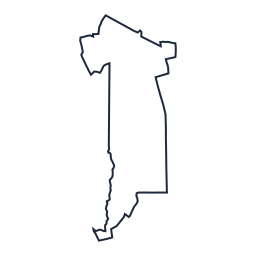 the district of Nakuru Town East, Rift Valley, Kenya
{"feature_id": "3690345B82942155746957", "entity_name": "Nakuru Town East", "entity_type": "district", "adm_level": 2, "iso_a3": "KEN", "parent_name": "Kenya", "parent_adm1": "Rift Valley", "projection": "albers", "projection_center": [36.106, -0.379], "detail": "fine", "context": "isolated", "style": "outline", "palette": "slate", "viewbox_px": 256, "rotation_deg": 0, "n_neighbors": 0, "source": "geoboundaries", "source_scale": "gbopen_adm2", "svg_char_len": 2168}
<svg xmlns="http://www.w3.org/2000/svg" viewBox="0 0 256 256"><path d="M105.7,15.4L104.0,17.6L101.7,21.2L100.7,24.0L99.3,26.9L98.8,30.6L98.4,33.9L95.7,34.1L92.9,34.1L93.2,36.6L90.1,35.4L87.1,35.9L82.9,37.1L80.5,37.5L80.2,40.7L81.2,44.2L81.9,47.3L82.8,52.2L81.3,54.7L82.4,57.6L86.2,65.5L88.8,70.7L90.9,74.7L91.8,73.9L92.5,73.3L94.1,71.6L96.3,71.7L97.0,71.8L97.9,72.1L99.9,72.8L101.2,70.9L101.7,69.9L102.1,69.1L103.3,66.6L103.8,65.8L104.5,65.3L106.4,64.3L109.5,63.3L108.8,146.3L109.0,147.4L109.1,149.2L108.0,151.3L108.4,152.7L109.6,152.7L110.7,154.3L110.8,157.0L111.2,159.4L112.4,161.6L112.8,162.4L113.1,163.2L114.1,165.2L114.0,166.6L113.1,168.8L112.4,169.6L112.7,171.3L112.7,173.0L112.7,174.3L112.5,176.5L111.4,178.2L109.7,180.1L110.0,182.5L110.6,184.4L110.7,186.2L110.3,188.0L110.8,190.5L110.3,191.5L109.9,192.6L109.5,194.5L109.3,195.2L109.3,196.0L109.7,198.4L109.7,199.5L108.3,200.6L106.8,201.2L106.9,202.2L107.4,203.5L107.0,204.9L106.5,205.8L105.9,208.7L106.2,209.6L107.2,211.6L106.8,213.6L106.7,215.0L107.2,216.9L108.2,218.7L107.6,219.6L106.5,221.3L106.5,223.7L105.2,225.1L105.1,225.8L105.1,226.7L105.2,229.0L105.3,230.1L105.4,231.2L103.4,230.9L101.0,229.9L100.0,229.6L98.3,230.2L96.9,230.7L95.7,231.0L93.4,229.1L93.9,231.5L95.5,233.5L97.7,238.2L98.9,240.6L106.0,239.1L112.2,237.5L111.6,232.8L111.1,229.1L116.7,226.0L123.9,217.0L124.9,214.0L128.8,217.0L130.2,215.5L131.1,213.2L131.5,212.3L131.9,211.5L132.7,209.7L133.6,207.8L134.0,206.9L134.4,206.3L135.6,204.9L136.1,204.3L136.7,203.3L137.7,201.4L137.5,200.0L137.3,197.9L136.3,195.8L136.7,193.2L138.0,192.6L143.1,192.5L152.9,192.6L163.9,192.5L166.9,192.6L166.7,184.4L166.5,175.5L166.3,166.2L166.2,157.2L166.1,148.4L165.9,139.1L165.9,129.5L165.7,120.2L165.5,114.1L163.2,104.6L160.3,95.1L157.8,86.0L155.6,77.2L168.4,73.4L168.2,68.0L167.7,66.0L167.7,65.2L166.8,63.1L165.8,59.2L175.4,57.1L175.7,53.0L175.8,47.7L175.4,43.3L172.9,43.0L167.7,41.8L166.0,42.1L163.2,41.7L160.2,42.1L160.7,44.4L160.7,46.3L156.5,44.2L149.3,40.6L141.2,36.5L141.5,32.0L140.0,30.5L139.1,31.4L137.7,32.5L134.0,30.9L127.5,27.3L121.7,24.1L118.1,22.2L114.7,20.3L111.6,18.6L108.9,17.1L105.7,15.4Z" fill="none" stroke="#1e293b" stroke-width="2"/></svg>